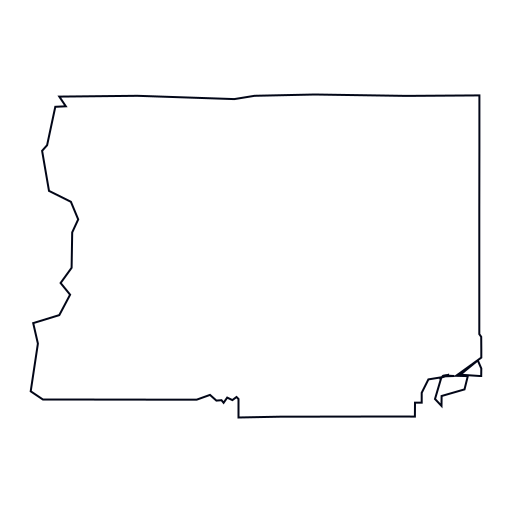 Boulder, Colorado, United States of America
{"feature_id": "52423323B35890552062284", "entity_name": "Boulder", "entity_type": "district", "adm_level": 2, "iso_a3": "USA", "parent_name": "United States of America", "parent_adm1": "Colorado", "projection": "equal_earth", "projection_center": [-105.3, 40.088], "detail": "fine", "context": "isolated", "style": "outline", "palette": "ink", "viewbox_px": 512, "rotation_deg": 0, "n_neighbors": 0, "source": "geoboundaries", "source_scale": "gbopen_adm2", "svg_char_len": 968}
<svg xmlns="http://www.w3.org/2000/svg" viewBox="0 0 512 512"><path d="M42.9,399.5L196.6,399.7L210.0,394.9L216.4,400.6L221.5,400.2L223.6,402.8L227.2,397.6L232.4,400.1L236.5,397.0L238.5,399.0L238.5,417.5L279.5,416.7L401.6,416.5L414.9,416.6L415.0,402.7L421.7,402.7L421.7,392.8L428.4,379.4L441.4,377.3L435.0,399.0L441.5,405.9L441.6,396.0L464.5,389.4L467.8,376.1L456.1,375.8L481.3,357.6L481.3,349.6L481.2,336.8L479.3,334.1L479.3,256.2L479.3,209.3L479.4,149.0L479.4,100.6L479.4,95.4L406.3,95.9L314.8,94.5L254.6,95.8L234.3,99.1L137.4,95.8L59.3,96.6L65.8,106.3L55.3,106.8L47.1,145.2L42.1,150.8L49.0,190.9L70.9,201.8L78.2,219.4L72.2,232.4L71.6,267.8L60.6,283.0L70.1,294.7L59.3,315.1L33.2,323.1L37.9,343.6L30.7,391.3L42.9,399.5ZM441.6,377.5L442.9,375.9L443.3,375.7L445.9,375.2L447.8,375.0L448.1,374.9L448.1,375.7L454.3,376.0L445.4,376.3L441.6,377.5ZM477.8,360.4L460.3,374.7L479.6,376.0L481.2,376.0L481.3,368.5L477.8,360.4Z" fill="none" stroke="#020617" stroke-width="2"/></svg>